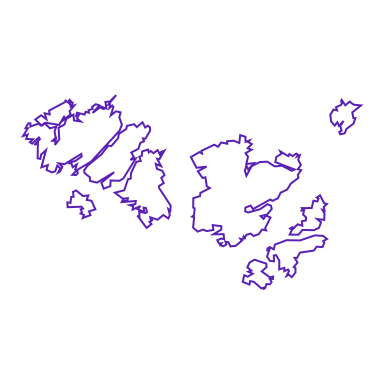 Hvaler nor, Østfold, Norway
{"feature_id": "86288312B75077332019349", "entity_name": "Hvaler nor", "entity_type": "district", "adm_level": 2, "iso_a3": "NOR", "parent_name": "Norway", "parent_adm1": "Østfold", "projection": "robinson", "projection_center": [10.972, 59.056], "detail": "fine", "context": "isolated", "style": "outline", "palette": "violet", "viewbox_px": 384, "rotation_deg": 0, "n_neighbors": 0, "source": "geoboundaries", "source_scale": "gbopen_adm2", "svg_char_len": 5962}
<svg xmlns="http://www.w3.org/2000/svg" viewBox="0 0 384 384"><path d="M240.2,135.1L239.3,143.0L233.7,140.7L227.0,141.3L227.2,143.7L221.2,142.5L218.1,146.8L214.2,144.7L201.4,150.9L202.0,153.5L199.4,152.1L190.9,157.1L196.5,167.8L206.6,166.6L197.8,171.3L202.6,178.0L205.4,177.3L206.8,186.3L209.8,188.1L200.4,192.9L200.0,196.1L193.3,198.2L193.2,207.6L194.7,208.4L194.0,215.1L192.1,216.6L194.1,217.2L193.1,227.6L197.6,231.6L203.2,229.6L206.6,231.1L213.4,230.0L212.7,225.1L221.3,226.2L221.3,229.6L213.4,234.3L223.6,234.2L224.1,239.3L221.3,238.5L217.3,240.2L219.1,243.6L221.6,243.2L220.3,245.3L223.5,246.2L226.4,244.4L225.5,241.7L228.4,242.2L230.4,246.4L235.5,245.9L241.6,240.9L240.4,238.9L242.6,239.7L243.6,236.6L244.6,238.4L245.7,238.5L244.4,237.8L246.5,234.8L250.8,233.6L253.5,236.0L258.8,234.1L262.1,229.5L266.1,230.4L265.2,228.0L270.5,217.5L265.8,215.5L263.6,218.9L260.6,216.1L267.1,214.6L271.7,209.0L271.0,205.7L267.4,204.2L260.0,209.2L248.2,212.5L245.1,211.2L245.5,207.5L250.7,205.6L253.0,209.1L270.2,199.5L272.6,200.8L277.9,198.3L280.6,192.7L287.1,189.6L290.9,183.5L298.4,177.9L297.8,174.9L301.1,170.2L297.8,169.1L300.9,165.1L298.2,159.8L299.8,155.3L296.9,156.6L298.0,154.7L296.2,153.6L292.7,156.1L289.4,154.0L288.3,156.2L280.2,151.3L281.3,153.8L276.3,157.0L275.3,162.1L294.7,169.5L291.7,170.8L281.9,165.7L274.7,166.4L267.3,161.7L260.0,162.0L251.6,166.2L246.4,175.8L244.8,170.7L246.4,165.6L248.2,169.5L254.0,163.1L246.3,164.0L248.0,156.7L245.5,153.2L251.6,149.7L247.7,148.2L251.8,144.1L248.3,142.1L249.6,140.4L245.5,141.9L245.5,136.8L240.2,135.1ZM116.2,95.1L109.8,101.5L105.4,101.9L106.5,108.5L102.3,107.0L104.5,109.5L100.0,107.4L92.6,112.9L99.4,105.4L95.8,104.2L92.1,107.0L92.7,108.9L88.5,110.2L89.0,112.7L85.6,111.8L84.5,114.6L77.0,112.7L76.2,115.9L78.7,115.2L77.0,118.5L80.7,121.5L73.9,120.4L73.5,114.6L66.3,118.9L64.4,124.6L58.6,127.7L59.3,139.3L55.0,144.9L55.9,139.0L53.8,140.9L52.4,140.8L55.7,137.8L54.6,131.4L56.2,126.7L49.9,128.3L44.7,123.3L42.1,125.6L40.6,125.5L38.7,123.6L30.4,126.5L30.4,123.3L28.2,123.4L25.5,128.2L27.9,128.2L23.0,136.0L27.6,134.6L26.2,138.9L33.0,139.3L29.9,142.2L32.1,143.6L39.6,136.8L38.3,138.4L39.9,139.1L34.3,145.0L37.9,143.2L37.6,158.3L40.3,158.9L41.1,154.6L46.0,150.1L41.4,167.3L47.8,165.1L46.6,170.0L52.0,172.4L55.2,171.3L57.3,165.6L60.4,168.4L58.1,172.6L59.9,171.7L62.4,166.7L58.8,163.4L64.5,164.2L81.3,153.9L81.7,156.6L75.4,160.9L68.0,163.0L71.4,163.5L72.7,167.2L76.8,164.4L75.2,169.5L76.8,170.2L72.3,174.8L75.9,175.1L77.7,173.3L77.2,169.9L91.1,161.6L119.6,130.6L121.9,124.8L119.3,117.3L120.6,112.4L116.0,111.3L110.8,115.4L113.4,107.0L112.3,105.5L109.4,108.1L110.0,104.6L108.2,104.7L116.2,95.1ZM148.1,149.6L142.2,151.4L141.8,155.7L139.3,156.9L140.8,160.9L136.4,161.8L131.1,172.9L130.7,178.6L128.0,179.3L124.2,190.3L114.9,192.7L122.8,198.7L127.9,198.2L127.4,200.9L122.5,200.6L121.7,202.1L135.8,201.0L135.3,204.1L129.8,205.1L133.2,206.3L132.6,209.6L140.5,206.0L137.5,209.0L144.1,212.0L143.6,207.6L145.9,208.0L147.0,212.1L145.8,213.0L139.2,211.8L139.5,217.5L137.3,215.5L146.6,227.9L151.5,224.1L149.5,221.8L152.9,219.9L151.0,220.3L150.3,217.3L157.6,219.7L163.3,215.0L168.3,218.5L169.8,215.1L168.4,209.2L170.3,210.9L170.7,205.7L159.2,188.2L159.1,186.0L163.7,183.1L161.3,177.9L164.5,175.2L162.5,170.9L157.0,168.9L155.8,163.9L161.1,166.2L157.2,158.8L159.4,159.2L164.4,150.6L160.8,152.2L160.3,155.5L157.6,150.1L153.5,153.2L150.7,151.0L148.8,152.4L148.1,149.6ZM142.5,122.3L136.8,127.1L134.2,124.2L126.9,125.9L126.3,129.0L118.8,133.9L118.2,138.1L111.4,146.0L108.2,145.7L101.5,154.3L87.5,165.7L84.1,170.4L84.6,173.1L89.8,177.2L90.1,181.0L97.0,182.6L114.2,172.2L101.4,182.7L103.7,188.7L110.3,186.1L110.6,180.5L119.4,180.8L123.3,178.5L135.8,158.4L130.4,159.9L133.8,156.9L131.3,152.5L138.4,148.8L140.4,142.8L144.0,141.2L143.0,138.4L145.4,138.7L150.1,130.7L150.0,127.4L147.8,125.7L145.2,127.5L142.5,122.3ZM314.8,235.4L300.1,240.4L286.5,240.2L274.9,244.6L273.7,249.4L270.0,247.1L267.5,248.4L267.3,250.3L269.5,249.5L267.0,256.6L270.0,260.9L274.0,261.3L273.8,255.5L276.1,255.1L279.3,260.7L279.2,269.4L284.3,267.9L284.3,271.2L288.0,269.5L289.0,271.1L286.6,275.9L288.9,274.6L291.7,277.2L295.5,272.5L295.4,267.9L293.8,267.1L297.5,262.5L294.6,257.9L297.0,257.9L300.0,252.6L313.8,250.6L316.6,246.7L322.5,247.1L324.3,242.8L323.1,241.2L327.0,239.0L323.1,235.9L314.8,235.4ZM320.0,195.3L316.8,197.6L318.5,198.7L317.3,201.5L313.4,200.7L311.7,208.0L301.8,208.1L302.7,209.8L300.6,211.1L304.3,209.3L303.1,214.7L306.0,217.2L305.9,220.5L301.9,221.2L302.3,225.7L297.7,224.3L293.0,228.9L292.5,227.1L290.1,228.5L292.0,229.7L289.7,234.6L298.5,234.7L302.5,229.9L314.0,230.2L319.1,227.7L321.0,222.3L317.1,219.0L324.2,219.9L324.5,213.3L322.4,209.8L324.5,210.5L323.7,207.0L326.9,204.0L324.1,203.2L320.0,195.3ZM341.7,99.9L341.1,101.5L342.1,103.3L340.8,105.1L336.0,107.1L337.1,110.4L333.6,109.5L330.3,114.7L331.1,121.4L334.7,125.6L337.3,122.3L339.0,125.9L343.6,120.9L340.3,125.9L341.6,130.6L339.2,132.0L340.3,134.3L344.7,133.3L346.5,128.9L353.5,123.6L355.4,118.1L353.4,118.1L352.3,112.4L361.0,105.4L353.7,104.7L349.7,101.6L345.3,105.3L341.7,99.9ZM69.6,99.8L68.5,101.3L69.1,103.2L65.0,100.0L65.8,101.2L65.8,101.7L49.1,110.6L49.7,114.4L44.7,113.3L46.4,119.2L41.1,115.3L35.3,119.5L41.4,125.4L45.3,122.7L59.2,124.9L64.5,115.8L63.0,120.4L70.6,114.3L69.6,111.2L74.3,105.4L71.2,106.5L72.1,104.5L70.6,105.6L69.4,103.0L71.8,102.3L69.6,99.8ZM254.6,259.7L249.6,262.5L247.3,267.3L251.4,270.6L248.3,271.7L252.7,273.7L247.6,276.7L244.3,275.2L242.7,281.8L249.4,284.6L250.1,281.1L253.8,281.8L261.4,288.4L264.8,287.3L263.2,288.5L263.8,288.9L265.2,288.0L266.5,284.0L269.8,284.4L271.6,282.0L269.8,279.1L272.9,279.0L273.1,276.6L269.8,277.3L261.7,271.4L266.6,267.1L266.2,263.6L254.6,259.7ZM76.2,190.5L73.0,191.9L73.6,196.8L71.2,197.0L70.5,202.9L67.4,202.4L67.6,207.2L81.5,206.7L83.0,208.6L80.7,209.3L82.0,212.2L80.6,213.5L84.0,215.0L82.8,218.0L90.5,215.1L89.0,211.4L95.4,209.3L91.5,200.8L86.7,199.9L88.3,195.4L83.1,196.1L76.2,190.5Z" fill="none" stroke="#5b21b6" stroke-width="2"/></svg>